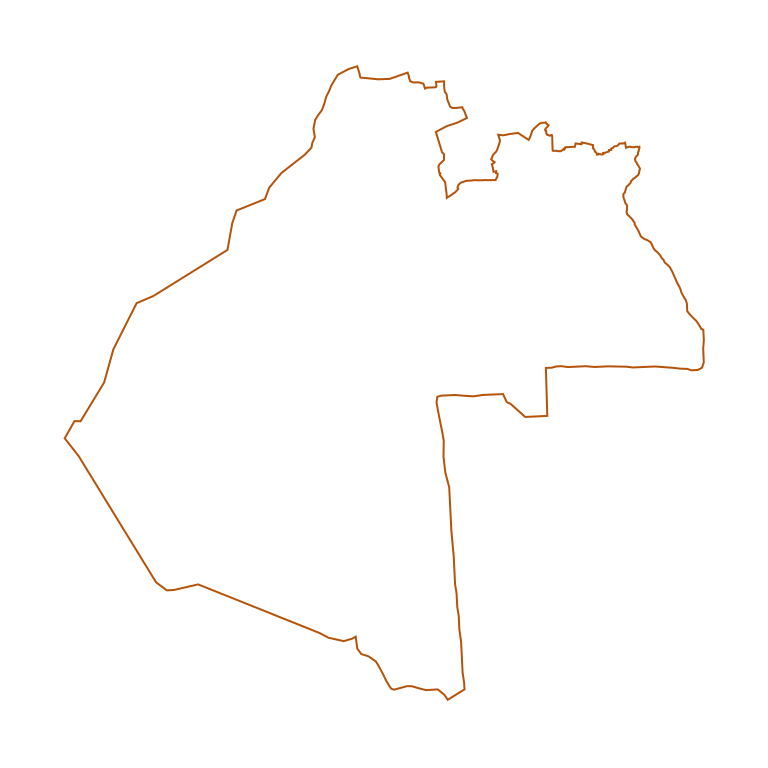 Ido, Oyo, Nigeria (orthographic projection), rotated 267°
{"feature_id": "59680162B23843497952419", "entity_name": "Ido", "entity_type": "district", "adm_level": 2, "iso_a3": "NGA", "parent_name": "Nigeria", "parent_adm1": "Oyo", "projection": "orthographic", "projection_center": [3.812, 7.476], "detail": "fine", "context": "isolated", "style": "outline", "palette": "amber", "viewbox_px": 768, "rotation_deg": 267, "n_neighbors": 0, "source": "geoboundaries", "source_scale": "gbopen_adm2", "svg_char_len": 6038}
<svg xmlns="http://www.w3.org/2000/svg" viewBox="0 0 768 768"><g transform="rotate(267 384 384)"><path d="M74.8,448.4L81.1,448.4L91.7,447.4L122.3,447.5L135.0,446.4L148.7,446.5L157.2,445.5L170.9,445.5L180.4,444.5L207.8,444.6L234.3,443.6L277.5,443.7L292.4,440.6L308.2,439.6L324.0,440.7L333.5,439.6L339.9,438.6L354.7,436.5L363.1,435.5L368.4,436.6L369.4,440.8L369.3,454.6L368.1,463.1L367.0,472.7L367.9,482.3L367.7,502.3L359.5,505.7L357.4,509.5L343.7,523.3L343.6,545.4L391.6,546.5L391.5,552.5L392.5,556.8L392.5,562.1L391.3,568.5L391.2,586.5L390.0,595.0L389.9,608.8L388.6,626.9L387.5,633.3L387.3,655.6L385.0,673.7L383.9,680.1L383.2,687.7L381.6,691.7L381.6,698.1L383.6,702.4L388.9,704.5L402.6,704.6L411.0,705.7L421.6,705.7L422.4,703.6L423.8,703.1L427.2,701.3L430.8,699.1L433.3,696.7L437.8,692.8L440.9,690.6L448.4,690.7L452.3,689.7L454.1,688.5L459.7,685.8L461.4,685.5L465.1,684.3L468.9,682.4L474.8,680.1L481.0,677.8L485.6,675.6L488.6,672.9L490.6,670.8L491.9,670.2L493.3,669.7L495.0,668.1L496.2,667.4L497.9,666.6L500.7,664.5L502.1,663.1L503.2,661.8L505.3,660.3L508.7,659.0L511.5,657.8L513.7,654.8L515.4,651.3L517.9,648.2L522.9,646.4L530.2,642.7L531.6,642.8L535.5,640.5L537.7,638.6L539.1,637.4L540.9,635.6L541.7,635.6L543.2,635.2L545.0,635.7L546.3,635.9L547.3,635.9L549.1,636.1L550.1,635.8L551.1,635.1L551.5,634.8L551.9,634.7L552.7,634.2L554.2,634.0L556.2,633.4L557.6,632.9L558.1,632.8L559.3,633.0L560.3,632.8L561.1,633.0L561.7,633.7L563.2,634.8L564.0,635.0L565.4,635.5L565.8,635.5L566.6,636.0L568.4,636.6L569.1,637.4L569.4,638.2L570.7,639.3L571.3,640.1L571.7,640.5L572.4,641.0L573.1,641.1L573.7,641.3L574.5,642.4L575.1,642.9L575.9,643.7L576.3,644.5L576.7,645.0L577.1,645.9L577.5,646.4L578.1,646.8L578.4,647.5L579.4,648.7L580.3,649.2L581.0,649.7L582.2,649.9L582.8,650.1L583.6,650.1L584.2,650.3L584.6,650.6L585.2,650.8L585.7,650.9L588.0,649.7L588.8,649.4L590.2,648.4L590.7,648.1L591.3,648.0L592.1,647.6L593.0,646.9L594.3,646.6L595.4,646.4L595.9,646.5L596.4,646.9L596.7,646.9L597.5,647.3L598.4,648.1L599.1,649.0L600.0,649.6L600.5,649.6L601.1,649.8L601.6,649.8L602.7,650.1L603.2,650.5L605.3,650.9L606.1,651.4L606.5,651.5L607.5,651.4L607.3,651.0L607.4,650.0L607.6,649.7L607.6,648.9L607.8,648.4L607.8,648.0L607.4,647.1L607.4,646.6L607.5,645.8L607.5,644.9L607.5,644.5L607.5,644.2L607.7,643.7L607.8,643.3L607.8,642.7L608.2,641.9L608.2,641.4L608.0,640.5L607.6,639.4L607.7,638.9L607.6,638.5L607.3,638.1L608.0,638.0L608.3,638.0L608.8,637.8L609.2,637.8L609.8,637.7L612.4,637.3L611.6,635.4L611.6,635.1L611.8,634.4L611.9,633.7L611.8,633.3L611.7,632.8L611.8,631.7L610.1,630.1L609.7,629.3L609.4,628.6L609.4,627.3L609.2,626.4L608.9,626.0L608.4,625.6L607.7,624.7L607.5,623.5L607.4,623.3L607.2,623.2L605.9,623.2L605.9,620.9L604.5,620.8L604.4,620.8L604.1,619.4L603.9,618.5L603.5,617.7L603.4,617.4L603.3,615.0L602.1,615.1L601.9,614.5L601.7,613.9L601.8,613.2L602.4,611.4L602.7,610.4L601.9,610.0L601.9,609.2L601.9,608.8L601.9,608.7L603.9,608.2L604.7,607.1L605.1,606.9L605.7,606.7L606.5,606.3L607.3,606.1L607.7,605.7L608.2,605.5L608.5,605.0L609.0,605.1L609.5,605.0L609.9,605.2L610.3,605.3L611.0,605.2L611.6,605.3L612.0,603.9L613.1,600.7L613.4,599.7L614.3,596.4L614.4,595.5L614.8,594.6L614.8,594.3L614.8,594.0L614.4,594.0L613.1,593.8L613.5,591.2L613.9,589.8L614.2,587.9L612.3,587.5L610.9,587.0L610.9,586.9L610.8,586.3L611.0,584.9L610.9,581.6L610.9,577.4L610.0,577.3L609.7,577.2L609.8,576.2L609.7,576.0L608.6,576.0L608.7,574.7L607.7,573.7L607.3,572.7L607.2,572.1L607.3,571.7L607.2,571.5L607.5,570.5L607.4,570.0L607.6,569.1L607.8,568.6L607.9,567.9L607.9,565.6L608.0,565.0L608.2,564.7L609.1,564.6L609.8,564.7L610.8,564.6L611.3,564.7L613.9,564.7L620.6,564.9L621.3,564.9L622.7,564.9L623.2,564.8L623.7,564.7L623.9,564.6L623.8,564.0L623.6,563.5L623.3,562.8L623.3,562.6L623.4,562.0L624.1,561.1L624.3,560.0L624.9,559.8L625.5,559.2L625.9,559.2L626.0,559.3L627.5,559.2L628.3,559.2L628.6,559.0L628.5,558.8L628.4,558.5L628.5,558.4L629.3,558.5L629.7,558.2L630.9,559.1L633.0,561.4L633.8,561.9L635.1,560.4L635.4,559.9L636.3,559.4L636.7,559.4L636.8,559.2L636.6,558.4L636.5,557.2L636.6,555.2L636.0,553.4L635.4,552.3L631.1,547.1L629.0,545.2L624.9,543.7L622.1,542.4L620.2,541.2L627.7,531.0L627.1,522.9L626.1,516.2L626.9,511.1L624.4,511.8L621.4,512.5L620.1,512.4L617.7,511.5L611.6,509.1L609.6,507.7L608.3,506.0L607.1,505.0L605.6,504.1L604.0,503.5L602.8,502.8L601.7,503.6L600.7,504.9L599.8,506.1L599.0,505.4L597.8,503.2L594.3,504.0L592.1,504.2L590.2,504.5L590.6,507.2L588.8,506.9L588.2,508.5L586.9,508.4L584.6,507.8L582.9,506.6L581.8,506.1L582.1,499.7L582.1,498.1L582.4,495.3L582.3,492.7L582.8,484.6L582.6,481.4L582.6,476.7L581.1,471.4L579.2,468.9L576.3,467.6L574.9,468.4L571.9,465.3L568.2,459.4L567.3,457.5L566.6,456.5L569.6,456.5L582.4,455.6L590.0,450.6L591.4,451.3L592.2,450.2L598.3,449.7L600.6,451.0L604.4,455.5L610.2,456.1L612.3,454.1L633.0,449.0L638.2,460.1L641.1,470.8L645.3,480.8L649.6,479.3L650.7,479.1L652.1,478.5L653.4,478.0L654.3,477.2L656.3,476.7L655.9,471.1L656.0,466.9L657.3,464.6L664.8,462.1L670.0,461.7L672.7,460.0L675.9,459.7L678.8,459.6L683.1,459.9L683.0,451.7L680.6,451.9L678.4,451.9L677.9,451.6L677.7,451.2L677.6,450.7L677.7,443.4L677.6,441.8L676.9,440.5L681.9,439.0L683.5,434.1L683.5,432.6L683.7,428.8L685.0,425.9L686.4,425.7L688.2,425.0L690.8,424.9L691.6,424.5L693.7,423.9L688.4,405.7L688.6,393.7L688.8,392.8L691.2,376.8L691.9,376.2L695.3,375.8L702.7,373.9L700.4,365.2L695.2,354.0L685.0,347.1L678.8,344.2L675.2,342.0L672.5,340.8L667.4,339.2L660.7,336.3L655.7,332.1L651.3,329.1L642.3,326.9L634.3,327.9L628.4,325.0L623.8,323.9L617.2,317.0L600.1,292.6L586.1,279.7L574.9,274.8L565.0,245.9L552.6,240.9L526.1,234.7L483.9,158.2L477.7,141.2L432.9,115.6L400.2,104.6L362.6,79.0L363.2,73.0L346.5,62.3L328.0,75.3L197.9,146.0L189.3,156.3L189.3,163.2L193.6,187.9L138.5,307.0L133.6,315.1L129.3,330.3L131.4,339.0L133.2,342.5L121.0,343.5L115.5,347.2L112.9,354.2L107.3,361.4L102.4,364.0L96.4,366.9L87.3,370.8L81.9,373.7L79.4,375.2L78.2,378.0L81.0,390.9L80.8,395.8L78.3,402.9L76.1,409.9L76.2,421.7L70.3,428.2L65.3,431.1L74.8,448.4Z" fill="none" stroke="#b45309" stroke-width="2"/></g></svg>